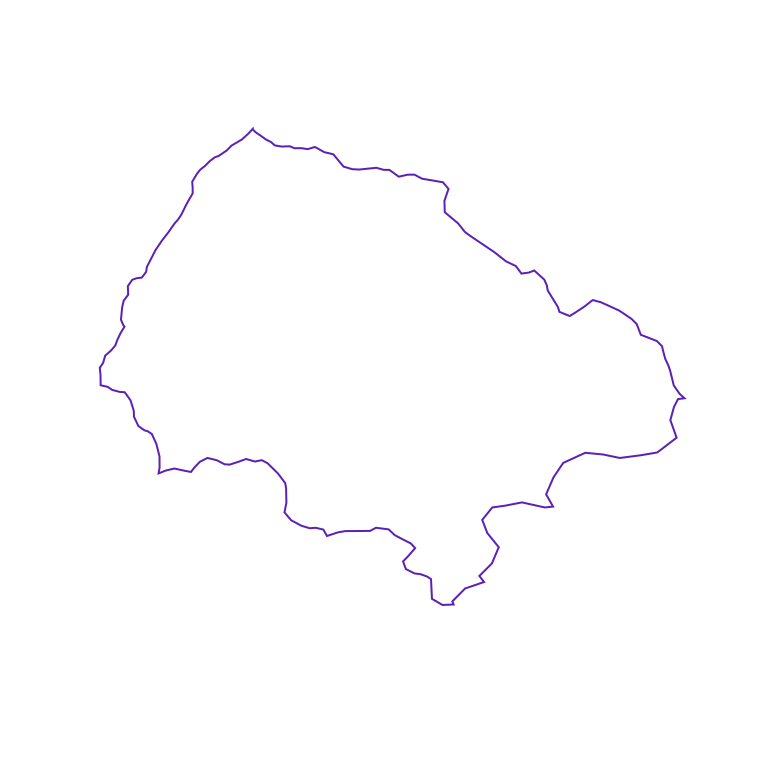 outline of Pentakomo, Limassol, Cyprus, rotated 124°
{"feature_id": "46923920B26636173869632", "entity_name": "Pentakomo", "entity_type": "district", "adm_level": 2, "iso_a3": "CYP", "parent_name": "Cyprus", "parent_adm1": "Limassol", "projection": "mercator", "projection_center": [33.252, 34.733], "detail": "fine", "context": "isolated", "style": "outline", "palette": "violet", "viewbox_px": 768, "rotation_deg": 124, "n_neighbors": 0, "source": "geoboundaries", "source_scale": "gbopen_adm2", "svg_char_len": 2566}
<svg xmlns="http://www.w3.org/2000/svg" viewBox="0 0 768 768"><g transform="rotate(124 384 384)"><path d="M227.8,126.9L226.9,133.3L223.2,142.9L212.8,154.4L209.7,158.5L205.8,165.0L201.2,170.3L197.2,174.7L195.8,181.8L199.6,198.6L193.0,208.0L191.6,215.3L191.6,230.0L194.9,249.8L197.7,257.9L207.8,261.2L217.0,265.0L223.8,268.0L226.1,278.9L222.9,282.9L214.9,300.6L211.3,304.0L207.8,309.6L205.9,322.9L210.6,326.2L215.6,331.8L212.5,340.6L214.1,351.5L213.0,366.3L213.0,375.3L213.0,384.1L213.0,395.6L212.7,402.0L209.4,412.4L207.6,429.7L198.4,436.3L186.2,439.6L183.8,447.9L188.0,457.3L192.5,467.2L193.4,475.8L197.2,481.4L203.9,487.7L203.6,494.9L203.5,499.3L206.6,503.9L209.0,511.2L220.0,524.4L223.6,530.3L226.4,539.1L221.9,554.5L225.2,563.2L226.1,573.8L232.0,578.6L234.6,584.2L238.6,590.1L239.6,595.1L244.3,601.5L247.3,608.1L246.6,612.6L247.3,618.7L247.1,625.1L247.1,630.8L246.4,635.0L245.8,635.5L252.4,636.5L260.7,638.5L267.0,641.5L271.6,643.7L278.4,645.0L287.4,648.6L290.6,651.0L297.1,653.2L303.5,654.4L309.1,656.2L314.4,656.6L323.6,656.1L328.0,652.6L333.0,649.2L340.6,648.7L346.9,648.1L357.1,646.7L363.0,646.7L367.7,647.4L379.2,647.6L389.3,648.3L400.9,648.3L409.0,647.3L419.4,646.1L424.1,643.9L431.2,644.3L434.8,648.4L438.4,651.0L446.1,651.1L453.0,646.0L460.4,646.4L466.8,644.0L477.8,638.0L480.8,633.4L481.6,631.2L488.8,630.9L496.2,629.8L502.4,628.3L508.8,629.0L516.4,631.0L523.4,628.7L529.5,628.7L535.0,624.1L543.5,618.2L540.9,611.5L540.9,606.1L538.4,598.8L535.8,594.3L539.3,585.0L546.0,576.6L551.0,572.9L556.2,564.1L556.4,556.8L555.3,553.5L555.3,548.5L560.9,539.3L569.6,529.6L578.8,523.3L584.2,520.9L583.5,520.4L577.6,516.4L571.3,510.5L567.5,501.0L564.9,494.9L558.8,494.4L551.5,493.2L544.0,489.0L540.7,480.0L539.7,471.3L537.1,466.8L529.1,460.6L523.3,456.4L520.4,447.6L515.5,442.7L514.8,436.3L517.4,422.1L521.4,410.5L525.4,406.7L534.8,400.1L537.1,398.5L546.1,394.7L548.9,384.8L547.7,373.2L545.1,364.9L541.4,360.2L538.6,352.9L541.9,346.3L532.7,339.2L527.3,333.5L521.9,325.5L518.8,321.0L513.6,313.4L507.7,310.3L501.9,298.8L503.3,290.7L502.3,281.5L501.2,272.5L502.6,266.4L513.9,267.8L520.4,269.0L525.2,262.4L524.0,252.9L521.2,247.2L519.5,240.6L519.5,235.9L535.3,224.1L534.5,211.9L534.3,211.7L527.9,203.0L526.0,205.8L508.1,202.4L492.2,190.3L489.8,197.6L472.5,194.2L455.1,197.6L449.8,215.0L441.7,226.6L425.8,225.2L417.1,215.5L405.0,203.4L396.4,181.6L391.1,175.3L384.8,187.9L366.5,191.3L349.2,191.3L328.5,178.7L319.8,162.7L313.5,147.2L299.5,131.3L288.0,119.2L264.9,111.4L253.8,126.4L240.8,130.8L232.1,131.8L227.8,126.9Z" fill="none" stroke="#5b21b6" stroke-width="2"/></g></svg>